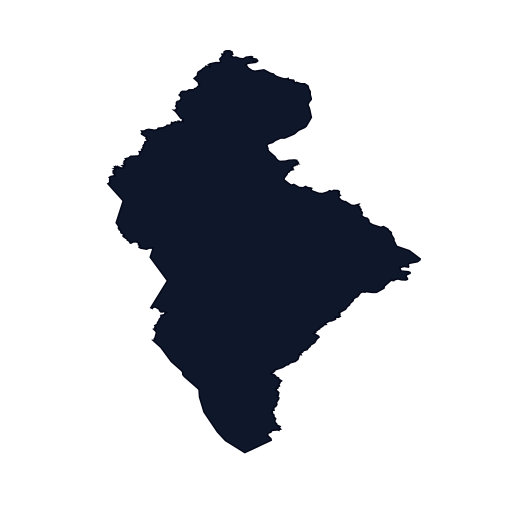 Svalbarðshreppur, Norðurland eystra, Iceland, rotated 13°
{"feature_id": "244011B84342259441214", "entity_name": "Svalbarðshreppur", "entity_type": "district", "adm_level": 2, "iso_a3": "ISL", "parent_name": "Iceland", "parent_adm1": "Norðurland eystra", "projection": "natural_earth1", "projection_center": [-15.752, 66.091], "detail": "fine", "context": "isolated", "style": "filled", "palette": "ink", "viewbox_px": 512, "rotation_deg": 13, "n_neighbors": 0, "source": "geoboundaries", "source_scale": "gbopen_adm2", "svg_char_len": 6073}
<svg xmlns="http://www.w3.org/2000/svg" viewBox="0 0 512 512"><g transform="rotate(13 256 256)"><path d="M289.3,450.1L312.3,432.1L311.7,430.7L307.9,428.5L307.4,426.0L310.1,424.4L310.8,422.4L316.1,420.6L317.6,420.7L317.4,419.8L318.9,419.2L317.2,418.0L317.9,416.7L314.6,416.1L313.6,414.6L312.4,414.3L311.3,412.3L311.8,410.1L309.4,408.6L309.6,407.8L309.0,406.6L306.5,405.4L307.2,404.7L306.6,403.7L307.0,402.7L308.3,402.2L307.6,401.0L307.8,398.9L308.9,398.4L309.8,396.2L308.9,393.9L310.3,390.1L310.1,388.9L307.8,387.4L309.1,386.6L308.9,383.9L305.4,381.9L305.7,381.2L305.3,380.7L306.9,380.0L307.1,379.5L306.6,378.4L308.1,377.4L307.0,375.5L307.9,374.4L307.7,373.5L309.0,372.0L305.9,370.8L305.4,369.7L302.3,369.4L302.3,368.7L300.4,367.6L297.1,367.5L297.3,366.4L298.9,365.5L300.2,363.6L299.7,363.0L307.2,358.4L310.2,355.3L311.8,354.7L313.4,352.4L318.0,349.9L320.1,347.3L320.4,343.4L319.9,342.2L322.2,342.0L321.1,340.6L322.9,339.3L323.5,337.6L326.9,335.7L327.7,333.4L329.0,332.1L329.0,330.7L332.7,327.2L333.8,323.5L335.7,320.8L334.9,320.0L329.7,318.6L331.5,316.7L330.8,315.8L332.6,314.5L333.1,313.3L334.3,312.8L334.3,312.0L337.3,308.8L337.7,307.6L339.7,306.9L338.5,306.0L342.1,302.9L344.1,302.3L347.7,299.8L347.3,297.7L350.1,297.2L351.7,295.9L350.7,294.9L350.9,293.7L349.7,292.7L355.2,287.8L356.4,284.6L358.1,282.8L358.2,281.2L360.7,277.7L360.5,276.2L362.4,273.9L364.1,272.9L365.9,268.5L367.6,267.1L370.5,266.7L370.9,266.0L377.7,265.3L381.6,264.3L388.0,258.5L387.8,256.6L393.1,249.2L395.8,249.1L396.3,248.1L399.5,246.4L403.1,246.5L407.3,245.7L408.8,244.7L408.6,243.7L406.8,242.4L407.0,240.5L410.0,238.3L409.9,237.4L408.0,237.0L400.7,238.0L398.7,235.0L402.8,232.8L407.0,232.6L407.2,232.1L406.3,230.1L406.7,228.8L414.6,225.3L416.6,223.0L416.7,221.9L404.2,216.3L390.9,214.9L386.9,209.9L386.7,208.4L382.8,204.3L382.8,203.1L381.7,202.1L379.5,201.4L378.6,200.1L373.6,198.6L371.1,200.0L362.7,199.3L359.6,198.4L358.5,197.5L357.8,195.6L355.9,194.2L352.9,194.2L349.9,193.0L349.8,189.7L347.7,188.1L347.9,186.9L346.3,186.1L346.2,185.0L345.2,185.0L345.3,184.5L344.2,184.0L344.7,182.4L340.5,184.7L337.4,185.1L330.9,182.8L329.8,183.1L326.3,182.4L323.5,180.5L323.3,179.3L324.5,177.9L322.7,177.3L323.1,176.0L322.3,174.9L322.6,174.4L321.1,173.8L316.8,174.6L315.6,175.9L312.9,175.8L311.4,177.5L306.7,180.2L303.0,180.8L295.2,179.8L294.8,179.4L295.1,177.5L294.7,177.4L290.8,177.7L288.7,177.0L286.5,178.9L282.7,179.5L276.8,177.7L274.8,178.9L273.2,178.7L266.5,175.6L266.0,175.2L266.0,173.4L267.9,169.4L267.9,167.8L269.6,166.4L269.9,164.9L272.6,163.6L271.8,163.3L272.4,162.6L271.1,161.6L271.8,161.2L272.4,159.5L273.7,159.1L274.0,158.1L275.5,157.9L275.7,156.8L276.5,156.6L275.8,156.3L276.1,155.2L273.8,154.5L274.2,153.7L272.1,153.7L266.3,155.4L263.5,156.9L258.2,158.4L256.4,158.2L254.1,157.0L252.2,155.0L245.0,151.2L243.6,149.8L243.6,148.7L241.6,145.7L242.7,143.9L246.6,141.7L248.9,139.0L253.5,135.5L257.5,134.6L266.0,128.3L269.0,124.1L274.2,120.1L275.7,118.4L278.8,108.5L274.8,100.0L272.6,97.1L273.1,94.1L274.6,91.2L274.4,90.0L272.6,86.7L271.8,83.5L269.9,81.5L268.4,78.6L264.6,77.2L261.3,78.0L256.6,77.7L256.7,78.2L254.8,78.2L253.3,77.6L253.8,77.1L253.1,76.2L248.1,76.9L247.4,75.6L246.2,76.5L243.1,77.1L236.6,76.6L233.7,75.9L232.1,74.7L229.0,74.7L221.9,72.8L213.6,76.1L210.8,76.3L206.1,74.6L203.1,71.8L204.8,70.1L210.5,68.0L209.3,67.8L209.9,66.9L211.7,67.2L213.2,66.4L213.8,65.5L212.3,64.1L205.6,64.4L207.8,63.3L207.8,62.8L206.6,62.7L201.6,64.5L199.4,66.7L195.8,67.2L192.0,66.7L189.2,67.5L186.7,66.6L186.7,65.6L188.0,64.8L186.7,62.5L185.8,62.8L185.9,62.4L184.2,61.9L180.2,63.0L178.9,64.5L179.6,66.4L177.3,67.0L178.5,68.5L176.3,72.3L177.9,74.1L177.7,75.0L176.9,75.8L173.1,76.7L168.0,79.1L166.7,80.2L168.2,80.7L168.8,81.7L164.2,82.4L164.1,83.9L162.6,84.8L160.8,87.4L158.3,89.7L158.0,91.4L158.4,93.4L155.7,96.9L160.7,99.7L161.5,101.6L162.8,102.7L161.1,103.9L160.3,105.8L158.5,106.7L158.0,108.0L153.3,109.2L151.6,111.1L147.0,112.2L145.8,113.7L145.7,116.2L144.4,116.1L147.3,118.0L147.6,120.4L146.5,122.1L144.4,123.2L143.9,124.5L144.5,126.6L144.0,128.1L146.2,129.7L145.0,131.0L145.1,132.0L143.2,132.4L144.9,133.1L151.7,138.6L154.3,139.1L153.8,140.8L154.6,141.5L151.9,142.6L151.0,141.9L149.8,142.1L150.3,143.2L147.2,143.4L144.9,145.1L143.8,144.7L143.5,145.5L144.3,146.1L144.1,146.8L142.8,147.9L139.9,148.6L139.3,149.9L136.4,152.0L132.0,153.4L131.8,153.9L132.5,154.4L129.2,156.2L123.0,156.7L120.6,157.8L119.2,159.3L116.2,160.0L117.6,161.6L116.8,162.6L117.1,163.0L122.2,164.6L122.6,165.0L122.3,166.2L124.7,168.1L122.0,170.0L122.4,171.5L121.2,173.8L121.7,174.6L121.3,175.6L121.8,176.0L121.9,176.9L120.5,177.8L121.5,179.0L120.1,180.3L118.7,180.6L119.7,182.0L119.5,184.3L118.8,185.0L111.3,187.1L110.0,189.0L106.9,190.6L107.9,191.2L106.1,193.4L106.9,194.7L106.2,195.3L108.1,196.5L105.3,198.1L107.2,198.7L107.0,200.0L104.4,200.6L102.5,200.2L102.1,201.2L101.4,200.6L101.9,200.2L101.0,199.9L101.0,200.4L99.7,200.3L100.0,200.7L98.9,200.8L99.5,201.1L98.5,201.4L98.9,202.0L98.2,202.2L98.9,202.3L98.3,202.6L100.3,202.7L99.0,203.1L98.5,204.6L97.1,204.8L98.4,205.0L97.7,205.5L98.2,207.3L100.0,207.2L99.5,208.3L100.4,209.5L96.7,211.1L95.3,212.5L96.3,213.2L96.3,215.2L97.1,217.1L95.4,218.9L114.2,232.1L112.3,255.1L115.4,257.9L116.1,259.1L115.6,259.7L116.6,260.3L116.6,261.1L118.4,261.7L119.2,263.7L121.9,264.5L122.9,265.7L121.9,266.3L122.1,266.8L127.1,268.7L127.0,269.4L128.8,269.9L130.6,271.7L131.7,271.4L132.8,270.1L136.2,269.1L138.8,269.8L138.9,271.5L140.6,271.9L140.0,273.7L141.8,274.3L147.9,274.0L150.0,272.4L154.0,271.5L153.2,281.0L175.3,300.0L165.1,330.1L166.9,330.4L167.0,329.3L169.2,328.3L173.6,329.6L174.4,331.0L175.9,331.9L177.7,331.5L177.9,330.7L181.3,331.4L180.2,332.3L179.8,333.8L176.7,335.3L177.3,337.2L176.0,339.4L175.9,340.9L175.0,343.1L175.3,344.4L173.0,346.7L173.9,347.5L173.5,348.5L174.5,349.3L172.7,350.3L175.5,352.0L176.2,353.2L176.0,358.6L175.5,359.4L176.0,360.1L175.6,360.9L174.5,361.3L183.8,366.4L197.2,377.9L209.4,384.5L210.7,385.8L211.4,388.1L213.3,389.6L229.9,398.5L230.6,399.2L232.7,406.2L240.4,419.7L257.9,436.0L267.7,442.7L289.3,450.1Z" fill="#0f172a" stroke="#020617" stroke-width="1.5"/></g></svg>